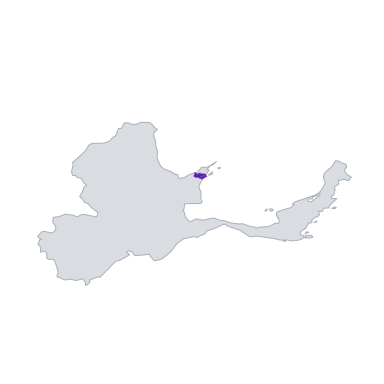 location of Khlung, Chanthaburi, Thailand, rotated 262°
{"feature_id": "78962969B14085180257363", "entity_name": "Khlung", "entity_type": "district", "adm_level": 2, "iso_a3": "THA", "parent_name": "Thailand", "parent_adm1": "Chanthaburi", "projection": "robinson", "projection_center": [102.327, 12.55], "detail": "fine", "context": "in_parent", "style": "filled", "palette": "violet", "viewbox_px": 384, "rotation_deg": 262, "n_neighbors": 0, "source": "geoboundaries", "source_scale": "gbopen_adm2", "svg_char_len": 6218}
<svg xmlns="http://www.w3.org/2000/svg" viewBox="0 0 384 384"><g transform="rotate(262 192 192)"><path d="M166.0,34.6L166.3,36.2L167.8,34.1L169.6,33.1L173.4,37.6L173.8,39.6L171.1,46.7L171.5,49.2L173.2,51.1L175.3,52.3L177.6,52.0L181.7,49.9L186.3,51.2L186.1,56.0L187.7,63.6L185.4,71.3L183.2,75.1L184.9,78.5L185.0,81.6L180.6,93.7L181.5,94.6L184.3,95.9L185.4,95.5L190.1,90.7L195.2,87.1L196.9,84.0L200.1,82.9L203.0,80.1L209.7,85.0L211.5,85.4L212.4,86.3L212.7,88.3L213.5,88.6L216.3,85.8L220.9,84.1L222.7,79.9L224.8,78.7L224.6,76.6L225.3,75.9L229.1,75.6L234.8,77.8L236.8,78.3L237.7,77.8L246.8,91.2L252.6,96.3L254.1,99.8L252.8,108.8L252.9,113.9L254.2,117.8L256.7,120.5L258.5,124.4L265.3,128.1L264.7,129.1L265.2,131.5L269.4,134.3L269.8,135.3L269.3,138.9L267.4,141.7L267.0,143.9L267.0,146.7L268.1,150.9L266.8,159.6L264.2,162.1L261.0,163.8L259.2,166.2L257.8,165.6L257.2,163.2L253.6,161.8L246.7,163.1L243.2,162.5L238.5,163.3L234.0,163.0L231.3,162.0L223.7,163.9L220.6,165.6L218.3,168.1L214.9,174.5L211.4,178.4L211.4,180.0L207.1,181.0L207.3,186.4L209.8,192.3L210.5,199.8L215.4,205.1L214.4,208.7L215.0,212.3L218.8,220.6L216.1,216.7L215.5,214.0L212.3,209.9L211.3,211.9L207.6,208.8L206.0,205.7L205.4,207.1L201.7,202.8L197.9,200.4L195.8,199.4L190.5,200.9L183.8,199.7L181.2,200.8L180.2,200.1L179.5,198.8L181.4,183.3L175.6,181.4L174.6,180.4L173.4,181.5L167.7,182.2L163.6,185.0L163.0,187.4L164.9,191.7L162.5,199.4L163.3,206.6L163.0,210.6L160.1,215.6L159.3,219.7L156.1,225.9L153.9,233.7L153.4,238.2L149.5,245.2L148.6,249.1L147.2,250.5L147.8,253.7L147.1,263.2L149.5,270.1L148.9,273.3L151.5,274.4L157.8,272.3L159.9,272.8L161.2,276.6L162.8,287.9L165.5,291.4L166.1,289.7L167.4,291.5L168.3,294.8L171.6,312.7L173.4,317.3L171.3,316.2L170.2,310.6L168.4,310.3L169.0,306.8L167.9,305.5L166.0,306.5L166.0,309.3L171.0,318.2L174.1,318.4L178.1,322.4L182.3,325.2L187.7,324.2L191.5,325.2L193.7,327.6L197.2,333.6L203.0,338.6L202.1,341.8L199.8,344.3L198.6,347.6L197.0,348.6L194.9,348.6L192.6,345.8L186.9,348.4L185.6,351.0L184.2,351.7L181.6,348.8L181.8,347.2L183.4,344.8L183.0,338.6L179.6,338.5L177.3,333.9L176.6,333.5L174.9,334.2L169.5,332.0L167.9,329.1L166.3,329.3L165.2,334.3L160.5,327.6L157.2,324.9L157.7,320.0L155.4,318.9L154.5,317.5L155.3,314.6L152.2,315.0L150.8,314.2L149.0,308.9L147.5,306.7L145.5,306.7L144.8,305.7L145.0,303.1L140.0,299.4L138.4,295.1L136.0,293.2L134.5,293.8L133.0,296.8L131.8,296.6L130.8,295.8L129.5,291.5L129.6,284.1L131.2,279.7L132.1,272.8L134.4,266.9L139.3,249.9L139.5,243.2L147.8,233.6L153.2,222.6L155.0,221.0L155.8,219.0L153.0,210.1L151.7,204.0L151.9,202.4L148.4,198.3L147.6,193.5L146.6,192.0L146.3,190.4L147.6,187.6L146.9,177.2L143.1,170.0L136.2,163.3L130.2,153.5L129.3,150.0L129.2,145.1L134.1,141.7L136.1,141.5L136.8,126.8L141.1,124.0L142.0,122.7L142.4,120.3L141.5,118.8L138.7,121.3L138.2,120.7L134.8,112.1L134.0,106.8L120.4,89.1L121.0,86.1L119.0,78.4L117.0,78.3L115.6,76.9L114.2,73.5L116.9,73.9L121.2,72.0L120.5,64.5L122.4,60.3L122.7,53.1L126.0,49.0L126.4,46.9L128.2,46.6L130.6,48.2L133.1,48.2L143.3,46.4L144.7,44.5L145.3,40.6L146.3,39.3L148.6,39.0L151.2,39.8L154.0,38.2L153.5,33.6L158.4,34.4L161.6,32.3L166.0,34.6ZM133.2,298.8L132.5,304.4L130.6,305.5L130.0,302.2L131.1,297.1L131.7,298.3L133.2,298.8ZM164.4,266.4L164.1,269.1L162.3,269.9L161.9,267.0L164.4,266.4ZM207.1,211.2L209.2,215.0L206.8,214.7L206.3,211.0L207.1,211.2ZM156.5,332.6L155.5,331.0L156.4,328.4L157.3,331.5L156.5,332.6ZM136.5,299.4L136.0,302.4L135.0,298.3L136.5,299.4ZM164.5,264.0L163.5,263.7L162.7,261.9L163.9,262.0L164.5,264.0ZM144.8,308.5L146.0,312.1L144.7,310.4L144.8,308.5ZM212.5,221.2L212.2,223.5L211.2,222.6L211.8,220.9L212.5,221.2ZM131.0,277.3L129.8,278.2L130.8,276.0L131.0,277.3Z" fill="#d9dde1" stroke="#a8b0b8" stroke-width="1"/><path d="M210.4,197.9L210.1,198.0L210.1,197.9L210.0,198.0L209.9,197.8L209.7,197.8L209.2,197.7L209.2,197.8L209.0,197.7L208.9,197.6L208.7,197.6L208.6,197.8L208.4,197.8L208.2,197.8L208.2,197.7L208.1,197.4L208.2,197.2L208.0,196.9L207.7,196.7L207.5,196.8L207.5,196.7L207.4,196.7L207.2,196.7L207.2,196.8L207.2,197.0L207.2,197.3L207.1,197.5L207.1,197.8L207.1,198.0L207.2,198.3L207.2,198.5L207.4,198.6L207.4,198.8L207.2,198.8L207.0,198.7L207.0,198.8L206.9,198.8L206.8,198.7L206.7,198.7L206.8,198.8L206.7,198.8L206.6,198.7L206.6,198.8L206.5,198.7L206.4,198.8L206.4,199.0L206.4,199.3L206.4,199.5L206.5,199.7L206.5,199.8L206.6,200.0L206.7,200.3L206.6,200.5L206.5,200.4L206.5,200.5L206.4,200.4L206.4,200.5L206.3,200.4L206.2,200.4L206.0,200.5L205.9,200.6L205.8,200.8L205.7,200.8L205.5,201.0L205.4,201.3L205.2,201.4L205.1,201.5L205.0,201.8L204.9,201.9L205.0,202.0L204.9,202.1L205.0,202.3L205.1,202.6L205.0,202.8L204.8,203.0L204.7,203.0L204.4,203.2L204.3,203.3L204.2,203.3L203.9,203.5L203.9,203.8L204.1,204.0L204.1,204.3L204.3,204.4L204.2,204.5L204.4,204.7L204.5,204.8L204.9,204.9L205.1,204.8L205.1,205.0L205.3,205.1L205.2,205.2L205.1,205.4L205.1,205.5L204.9,205.8L204.9,206.0L205.0,206.2L205.1,206.3L204.9,206.4L204.9,206.5L205.1,206.9L205.3,207.2L205.6,207.4L205.9,207.6L205.9,207.9L206.0,207.8L206.5,207.8L206.8,207.7L207.0,207.7L207.2,207.4L207.5,207.2L207.6,206.8L207.6,206.7L207.6,206.4L207.7,206.2L207.9,206.1L208.0,205.9L208.0,205.6L207.8,205.5L207.7,205.3L207.4,205.2L207.2,205.0L207.2,204.8L207.3,204.7L207.2,204.6L207.2,204.4L207.3,204.4L207.4,204.2L207.5,204.2L207.4,204.1L207.5,204.0L207.5,203.9L207.4,203.7L207.4,203.4L207.5,203.4L207.4,203.3L207.4,203.2L207.5,203.2L207.4,203.1L207.2,203.0L207.0,202.9L207.0,203.0L207.0,202.9L207.0,202.7L206.9,202.5L206.9,202.4L206.8,202.2L207.0,202.2L207.3,202.1L207.5,201.9L207.6,201.5L207.8,201.4L208.0,201.4L208.2,201.5L208.3,201.5L208.2,201.5L208.3,201.6L208.4,201.8L208.5,201.8L208.4,201.8L208.5,201.8L208.6,202.0L208.8,201.9L208.8,202.0L208.9,201.9L209.0,202.0L208.9,201.9L209.0,201.9L209.0,202.0L209.0,201.9L209.1,202.0L209.1,201.9L209.0,201.7L208.9,201.8L208.9,201.7L208.7,201.5L208.6,201.4L208.4,201.2L208.5,201.1L208.6,200.9L208.6,200.7L208.4,200.6L208.5,200.4L208.4,200.2L208.4,199.9L208.3,199.6L208.5,199.6L208.5,199.4L208.6,199.2L208.8,199.2L209.0,199.0L209.0,198.9L209.1,198.6L209.3,198.5L209.4,198.3L209.5,198.3L209.8,198.4L210.0,198.4L210.1,198.2L210.3,198.0L210.4,197.9ZM205.7,207.9L205.6,208.1L205.7,207.9Z" fill="#8b5cf6" stroke="#5b21b6" stroke-width="1.5"/></g></svg>